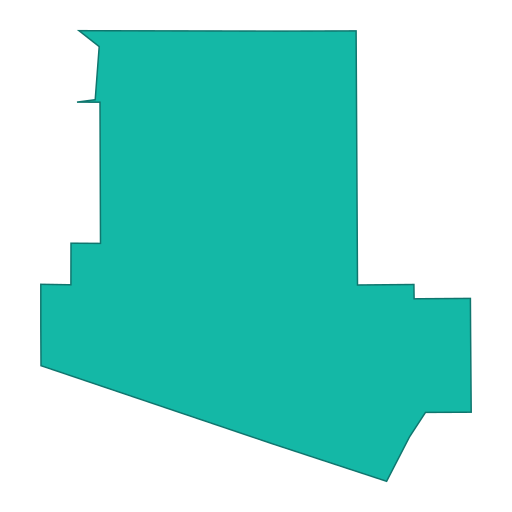 Carroll, Mississippi, United States of America (Mercator projection)
{"feature_id": "52423323B85460642411407", "entity_name": "Carroll", "entity_type": "district", "adm_level": 2, "iso_a3": "USA", "parent_name": "United States of America", "parent_adm1": "Mississippi", "projection": "mercator", "projection_center": [-89.927, 33.446], "detail": "fine", "context": "isolated", "style": "filled", "palette": "teal", "viewbox_px": 512, "rotation_deg": 0, "n_neighbors": 0, "source": "geoboundaries", "source_scale": "gbopen_adm2", "svg_char_len": 440}
<svg xmlns="http://www.w3.org/2000/svg" viewBox="0 0 512 512"><path d="M79.0,30.7L99.2,46.6L95.2,99.7L77.0,102.1L100.0,102.2L100.5,243.4L71.0,243.2L70.9,284.8L40.8,284.3L40.8,326.0L41.0,365.7L242.2,433.6L252.0,436.9L272.7,443.9L386.6,481.3L409.5,436.9L425.5,412.4L471.2,412.2L470.6,333.5L470.4,298.4L427.4,298.7L414.1,298.8L413.9,284.5L357.5,285.0L356.1,30.9L281.8,31.1L79.0,30.7Z" fill="#14b8a6" stroke="#0f766e" stroke-width="1.5"/></svg>